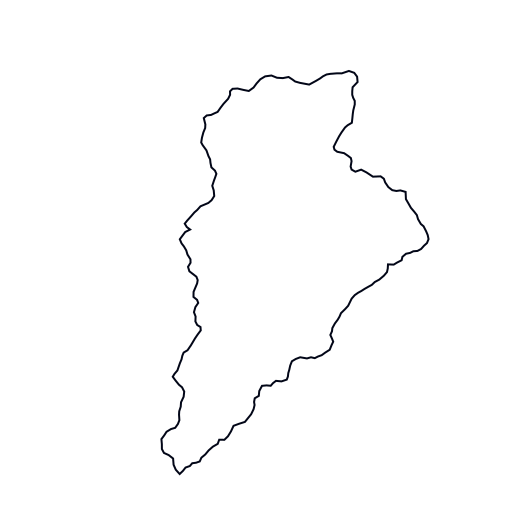 Jaupaci, Goiás, Brazil (Natural Earth projection), rotated 243°
{"feature_id": "56859067B98369159462122", "entity_name": "Jaupaci", "entity_type": "district", "adm_level": 2, "iso_a3": "BRA", "parent_name": "Brazil", "parent_adm1": "Goiás", "projection": "natural_earth1", "projection_center": [-51.067, -16.171], "detail": "fine", "context": "isolated", "style": "outline", "palette": "ink", "viewbox_px": 512, "rotation_deg": 243, "n_neighbors": 0, "source": "geoboundaries", "source_scale": "gbopen_adm2", "svg_char_len": 3243}
<svg xmlns="http://www.w3.org/2000/svg" viewBox="0 0 512 512"><g transform="rotate(243 256 256)"><path d="M192.7,417.4L196.7,418.5L200.8,418.8L206.4,418.8L209.7,417.4L215.3,417.1L219.4,417.9L223.6,417.1L228.6,415.9L233.3,415.7L238.6,415.4L245.2,418.4L248.9,414.4L250.2,410.6L252.8,407.3L257.3,405.2L262.9,404.5L266.8,405.0L270.4,403.2L273.6,396.2L280.3,392.4L285.2,388.9L286.0,382.8L289.6,380.4L292.7,380.9L297.1,384.2L300.2,385.0L303.2,383.6L307.6,381.2L312.0,375.7L315.1,374.2L318.0,374.8L321.5,379.5L325.0,384.5L327.3,388.3L330.1,393.7L330.9,397.0L331.2,401.9L335.0,404.4L338.6,406.7L341.6,408.8L346.2,412.8L349.4,414.4L352.8,414.4L355.9,414.9L359.2,416.6L362.5,418.7L364.9,425.5L369.9,427.5L374.6,426.7L378.7,422.8L379.8,415.3L382.0,411.1L384.6,404.8L385.7,401.3L385.7,397.3L385.1,393.6L384.8,388.8L384.6,381.2L390.3,373.8L393.7,370.1L396.7,368.6L400.7,366.3L402.3,360.7L405.3,355.6L409.8,351.7L411.9,345.7L411.5,340.1L409.5,334.9L407.2,330.3L406.3,324.5L409.7,320.2L413.6,315.6L415.6,311.0L414.5,307.6L411.4,306.1L408.7,302.5L406.4,296.3L404.3,291.9L401.8,287.2L402.0,283.6L402.1,280.0L403.6,275.9L402.6,272.1L396.2,270.6L393.1,268.8L390.0,265.2L386.0,261.6L382.0,258.7L379.0,258.8L372.6,259.8L366.6,259.0L363.0,259.0L359.6,257.7L355.2,256.5L350.7,258.2L347.2,258.0L344.5,255.2L342.3,252.8L338.4,248.9L333.6,248.1L328.4,246.0L325.9,241.8L324.9,237.6L325.2,233.3L325.5,229.1L323.7,224.5L322.8,220.9L321.0,216.5L318.8,210.8L317.2,207.2L313.2,207.5L309.5,209.3L309.5,203.8L307.0,198.7L305.5,195.7L301.0,195.4L297.3,196.1L292.7,196.4L288.4,195.6L282.8,196.1L279.7,194.6L277.2,190.5L272.6,189.7L264.6,193.5L261.0,193.1L258.3,191.1L252.4,184.1L247.9,181.7L243.7,183.6L240.4,183.2L238.0,178.8L234.1,175.2L229.5,174.7L225.2,172.3L221.2,172.3L217.9,174.3L214.8,173.0L212.6,168.5L210.3,164.3L206.0,157.5L203.1,152.2L202.8,147.7L200.6,145.1L197.7,142.7L195.0,139.5L189.7,134.0L188.0,129.9L186.2,127.0L181.5,127.8L176.3,128.9L172.6,130.5L167.8,130.5L163.4,127.6L159.7,122.8L155.9,120.5L152.5,117.1L149.6,115.4L144.5,113.2L141.8,110.2L139.6,106.0L140.4,101.7L140.0,96.5L137.8,92.7L135.8,88.6L131.1,86.7L126.7,84.5L122.3,84.6L118.3,87.8L113.2,90.2L107.4,87.8L102.0,87.5L96.4,89.0L97.7,93.3L99.5,97.2L98.9,101.7L100.3,105.1L99.0,108.8L98.5,112.6L101.1,115.8L102.2,120.7L104.3,125.6L105.7,131.0L106.0,136.6L109.0,139.8L106.6,144.4L108.1,149.2L111.1,154.1L114.9,158.9L114.2,164.8L113.2,170.8L115.3,175.5L117.2,179.8L120.6,184.3L123.9,187.1L126.8,188.0L129.8,190.3L130.1,195.0L134.2,197.6L137.6,202.4L135.9,206.7L133.7,210.2L135.0,213.4L135.7,217.1L132.7,221.8L131.9,227.3L134.1,229.7L137.0,231.6L139.4,233.9L142.9,236.8L145.9,240.2L146.2,244.7L145.7,249.4L141.6,254.9L140.8,259.0L138.3,262.0L138.3,265.6L137.8,269.5L138.5,273.8L139.0,279.1L142.3,282.9L144.6,285.9L147.9,286.2L151.9,286.4L154.4,289.5L157.1,291.3L160.1,295.7L162.1,299.8L164.0,302.8L166.5,305.8L168.3,311.5L169.8,315.5L171.9,318.3L174.6,321.9L176.3,326.2L176.9,330.3L177.0,333.9L177.4,337.8L177.6,342.3L177.7,346.1L178.9,350.0L179.0,355.1L180.4,361.0L182.2,365.4L185.0,367.7L188.6,369.8L185.8,374.8L186.1,378.7L186.1,383.8L188.8,386.1L189.9,390.7L188.8,394.7L188.8,398.3L187.2,402.2L187.3,406.3L188.9,410.4L189.9,414.2L192.7,417.4Z" fill="none" stroke="#020617" stroke-width="2"/></g></svg>